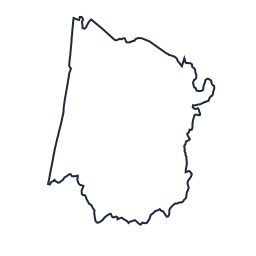 Una, Bahia, Brazil, rotated 192°
{"feature_id": "56859067B7113897673076", "entity_name": "Una", "entity_type": "district", "adm_level": 2, "iso_a3": "BRA", "parent_name": "Brazil", "parent_adm1": "Bahia", "projection": "equal_earth", "projection_center": [-39.164, -15.214], "detail": "fine", "context": "isolated", "style": "outline", "palette": "slate", "viewbox_px": 256, "rotation_deg": 192, "n_neighbors": 0, "source": "geoboundaries", "source_scale": "gbopen_adm2", "svg_char_len": 4029}
<svg xmlns="http://www.w3.org/2000/svg" viewBox="0 0 256 256"><g transform="rotate(192 128 128)"><path d="M59.0,192.7L60.8,192.6L62.3,190.9L62.3,188.0L62.7,186.3L62.8,184.5L62.6,182.6L62.5,180.9L63.5,179.9L65.2,179.0L68.7,178.8L70.0,181.1L71.5,181.4L72.5,182.9L73.8,185.9L73.5,188.5L72.4,189.5L71.7,191.5L72.1,193.8L73.0,195.2L73.9,197.0L74.5,199.1L76.0,200.3L77.8,201.1L78.8,203.7L80.9,204.3L83.0,203.9L85.1,203.8L86.2,205.7L87.4,207.9L88.1,199.6L89.5,200.8L91.1,202.3L92.6,203.3L93.6,204.5L94.6,205.9L96.1,206.9L97.6,207.5L99.8,207.8L101.0,208.0L103.0,208.0L104.5,208.9L105.7,208.9L125.1,217.2L131.9,218.4L133.5,218.6L134.9,218.5L136.1,218.1L137.5,217.7L139.2,216.4L139.8,214.7L140.9,214.2L142.1,213.7L143.6,212.4L145.3,211.8L147.2,211.5L148.5,213.0L149.6,214.9L151.2,214.9L152.7,213.5L154.7,213.5L156.2,212.3L157.8,211.3L159.5,211.5L169.0,217.0L172.9,219.3L186.6,226.5L187.7,224.8L188.7,222.6L189.7,219.1L190.0,217.6L191.1,216.1L193.2,216.3L193.7,218.3L194.3,220.2L195.1,222.2L194.5,224.6L195.3,226.0L196.5,227.0L198.2,226.6L198.2,223.6L200.0,223.5L204.1,224.3L203.8,221.2L203.5,218.7L203.2,215.9L202.9,213.3L202.6,211.3L202.3,209.0L202.0,206.0L201.6,202.8L201.2,200.5L201.0,198.7L200.8,196.8L200.6,194.9L200.3,192.9L200.1,190.4L199.7,188.1L199.5,185.9L199.3,183.2L199.1,181.4L198.9,179.5L198.5,176.7L197.3,175.2L196.2,174.4L196.4,172.1L196.8,170.1L196.8,167.7L196.6,165.8L196.5,163.9L196.4,161.3L196.3,159.2L196.2,156.6L196.1,154.2L196.0,152.0L196.0,150.1L195.9,148.4L195.8,146.4L195.8,144.6L195.7,142.5L195.5,139.6L195.3,136.3L195.1,133.9L194.7,132.0L194.4,129.8L194.4,127.9L194.4,125.9L194.4,124.1L194.4,122.1L194.4,119.5L194.5,116.5L194.6,113.7L194.7,111.6L194.8,109.2L194.8,106.3L195.0,103.5L195.0,101.1L195.1,98.5L195.1,96.5L195.2,94.5L195.2,91.8L195.1,89.2L195.1,87.1L195.1,84.9L195.0,82.8L194.9,80.9L194.9,78.9L194.8,76.2L194.8,74.1L194.8,72.5L194.8,70.1L194.7,67.4L194.6,64.0L194.5,61.7L194.5,59.2L194.6,56.6L192.7,56.5L191.7,59.6L190.0,60.4L189.1,62.0L187.8,60.8L186.5,60.7L185.4,59.9L184.0,60.2L182.5,61.9L180.9,63.7L179.9,66.3L178.4,67.7L176.9,69.3L175.8,70.5L174.6,70.9L173.6,69.9L172.5,69.1L171.0,69.6L169.1,70.0L167.3,71.0L166.9,69.5L166.9,66.9L165.6,64.9L164.8,63.5L163.4,62.5L161.6,62.3L159.6,62.1L159.7,59.9L160.4,57.8L160.0,55.7L159.4,53.8L158.1,53.0L156.5,53.3L155.0,52.1L154.2,50.4L153.3,49.4L152.2,48.0L151.1,46.8L150.0,45.6L148.2,45.2L147.1,44.2L145.9,42.5L144.7,41.3L143.6,40.5L143.5,38.3L142.7,36.0L141.7,33.1L140.7,30.9L139.7,29.6L138.3,29.0L136.9,29.5L135.9,30.3L134.8,31.6L133.8,32.4L132.9,34.4L131.9,36.1L130.7,37.7L129.4,38.9L128.2,40.0L127.0,40.5L125.3,38.1L123.7,37.4L121.3,38.9L119.8,38.4L119.2,36.5L117.7,37.8L115.5,39.0L113.2,37.9L111.3,37.3L109.7,36.8L107.7,35.2L106.8,36.7L105.4,37.3L103.7,38.4L102.1,39.3L100.1,38.3L98.4,37.2L97.2,36.5L95.5,36.1L94.3,38.5L92.7,38.3L91.1,38.5L89.7,39.2L89.0,41.3L88.1,43.6L87.7,47.7L86.3,49.2L85.1,50.8L83.9,52.6L82.7,53.1L81.3,54.0L80.0,55.2L78.6,54.0L76.8,54.0L75.1,52.6L73.5,50.9L71.7,49.3L70.4,49.8L69.7,52.5L70.2,54.8L70.5,56.7L70.0,58.3L68.8,60.5L67.3,62.7L65.9,64.0L64.2,64.3L62.9,65.5L61.5,66.1L60.1,66.3L59.1,67.3L58.1,69.5L56.6,71.8L56.9,74.9L57.1,77.4L56.5,79.3L56.2,82.2L57.2,84.1L58.3,86.3L58.4,88.7L57.4,90.7L56.2,93.8L56.0,96.2L57.1,97.2L58.3,98.3L59.6,98.7L61.1,97.5L62.4,96.8L62.8,99.5L62.9,102.4L62.9,104.0L63.3,106.7L64.0,108.4L64.5,110.0L64.9,111.9L66.1,113.3L66.6,115.6L67.7,116.6L68.1,118.9L68.8,120.7L69.3,122.5L68.5,123.7L68.5,126.9L66.4,128.3L65.2,129.9L66.5,131.4L68.0,133.0L68.9,134.5L67.6,136.5L67.4,139.2L65.5,139.4L65.0,141.2L65.3,143.0L65.9,146.3L66.0,149.7L65.6,154.5L64.2,155.3L62.7,155.4L61.5,155.1L60.4,155.7L60.6,157.3L61.6,158.6L62.5,160.6L63.8,161.9L65.7,160.6L67.6,160.8L69.1,161.9L69.1,163.8L67.7,163.8L65.8,164.8L63.7,165.8L62.0,166.3L61.0,167.4L59.6,168.1L58.5,169.4L57.3,169.7L56.1,170.8L54.9,171.3L54.6,173.9L53.7,176.0L52.3,177.3L52.0,179.2L52.2,181.3L51.9,183.3L51.9,185.1L52.5,187.1L53.8,187.5L54.9,188.3L55.9,190.0L56.5,191.6L57.6,192.0L59.0,192.7Z" fill="none" stroke="#1e293b" stroke-width="2"/></g></svg>